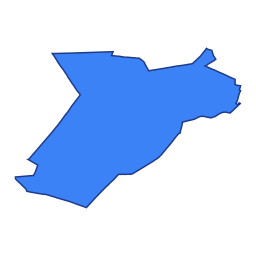 the district of Pielesti, Dolj, Romania
{"feature_id": "2599482B41657054253301", "entity_name": "Pielesti", "entity_type": "district", "adm_level": 2, "iso_a3": "ROU", "parent_name": "Romania", "parent_adm1": "Dolj", "projection": "robinson", "projection_center": [23.982, 44.341], "detail": "fine", "context": "isolated", "style": "filled", "palette": "blue", "viewbox_px": 256, "rotation_deg": 0, "n_neighbors": 0, "source": "geoboundaries", "source_scale": "gbopen_adm2", "svg_char_len": 4002}
<svg xmlns="http://www.w3.org/2000/svg" viewBox="0 0 256 256"><path d="M86.4,207.6L94.9,198.3L102.3,190.6L105.5,187.4L107.0,186.0L108.1,185.0L110.1,182.9L114.0,179.3L117.4,175.6L118.4,174.6L118.5,174.4L119.7,174.3L120.5,174.4L121.1,174.4L121.4,174.4L122.0,174.3L123.1,174.3L125.7,174.4L126.6,174.3L127.5,174.2L128.2,174.2L129.3,174.2L130.0,174.3L130.5,174.3L130.9,174.0L131.3,174.0L131.5,174.1L132.1,174.0L132.5,173.8L147.0,165.0L153.3,161.2L154.4,160.3L155.5,159.6L156.3,159.1L156.8,158.8L157.3,158.5L157.8,158.1L158.8,157.3L160.2,155.9L161.1,155.1L161.9,154.2L162.7,153.1L164.1,151.5L165.2,150.1L166.1,149.0L169.9,144.6L171.8,142.2L173.4,140.1L176.0,136.7L178.8,133.5L179.6,133.2L180.1,133.1L180.1,132.7L180.4,131.7L180.5,131.0L181.5,127.1L182.1,124.7L182.4,123.1L182.4,122.8L182.3,122.6L182.3,122.4L182.3,122.2L183.3,121.9L185.1,121.5L186.8,121.0L188.2,120.7L189.3,120.4L190.5,120.2L191.7,119.9L193.1,119.5L194.2,119.3L194.7,119.0L195.7,118.6L197.0,117.8L197.7,117.5L198.3,117.2L198.9,117.0L199.7,116.7L200.3,116.5L200.9,116.4L201.6,116.3L202.3,116.3L203.0,116.3L203.5,116.4L204.2,116.5L205.4,116.7L206.2,116.9L207.1,117.1L208.7,117.4L209.1,117.5L209.5,117.6L210.0,117.7L210.3,117.7L210.7,117.7L211.0,117.7L211.3,117.7L211.8,117.7L213.1,117.0L213.7,116.9L214.3,116.8L214.7,116.7L215.1,116.5L215.8,116.1L216.5,115.6L216.7,115.4L217.3,115.1L218.1,114.5L218.8,114.1L220.8,113.1L222.1,112.6L222.9,112.3L224.0,112.2L226.3,112.2L227.8,112.6L229.3,112.9L230.1,113.0L231.9,111.4L233.7,109.7L237.9,105.7L238.5,105.1L239.7,104.1L240.3,103.6L239.9,103.2L239.6,103.0L239.0,102.9L238.4,104.0L237.9,104.7L235.8,103.6L236.4,102.8L236.6,102.2L237.1,101.1L237.7,99.3L238.1,97.9L238.9,94.8L239.3,93.4L239.9,92.1L240.6,90.6L239.3,89.8L239.5,89.2L240.0,87.8L240.6,85.8L239.6,85.6L238.9,85.5L237.9,85.5L236.5,85.1L235.9,84.8L235.1,84.5L235.1,84.1L235.1,82.6L235.1,79.4L229.9,77.1L223.5,74.1L218.0,71.7L215.3,70.4L214.2,69.9L213.6,69.7L213.3,69.6L210.6,68.5L207.3,66.9L206.2,66.3L205.2,65.9L205.4,65.8L205.6,65.8L205.8,65.7L206.1,65.5L206.3,65.4L206.7,65.2L206.9,65.0L207.5,64.5L208.8,63.7L209.9,63.0L210.8,62.5L211.6,62.0L212.3,61.6L213.3,61.0L214.1,60.5L215.3,59.7L215.7,59.4L215.8,59.3L215.8,59.2L215.3,58.5L215.0,58.0L214.1,56.6L213.4,55.5L213.2,54.9L212.9,53.9L212.6,52.9L212.2,51.6L211.9,50.8L211.8,50.5L211.8,50.3L210.3,50.0L208.8,49.6L207.4,49.0L206.8,48.7L206.4,48.4L206.2,48.7L205.9,49.2L205.6,49.7L203.1,52.7L202.3,53.8L201.9,54.4L201.4,55.0L201.1,55.3L200.9,55.6L200.3,56.3L198.9,57.6L195.2,61.1L193.8,62.3L192.4,63.7L190.7,64.0L188.7,64.3L185.9,64.8L182.1,65.4L176.4,66.1L170.1,67.3L167.1,67.7L165.2,68.1L162.3,68.6L154.1,69.9L148.7,70.8L145.2,64.4L144.2,62.3L142.3,60.4L140.4,59.1L139.7,58.5L139.5,58.3L131.7,57.6L126.8,57.2L124.4,57.2L122.5,56.8L118.7,56.2L116.6,56.1L113.8,55.8L111.6,55.6L112.4,53.4L113.1,51.7L71.3,53.1L54.5,53.5L52.3,53.5L52.6,54.0L53.6,55.3L56.3,59.5L58.3,62.8L59.5,64.6L61.0,66.7L62.0,68.1L62.4,68.6L63.2,69.6L63.6,70.1L64.0,70.8L65.8,73.6L66.7,74.8L67.2,75.6L67.6,76.5L68.6,78.2L69.4,79.2L71.3,82.2L72.3,83.7L72.8,84.4L72.9,84.5L73.4,85.1L74.7,87.1L75.2,88.0L76.9,90.4L77.8,91.6L79.3,93.4L80.3,94.8L79.3,96.2L76.3,100.1L73.9,103.2L71.9,105.8L68.2,111.3L67.5,112.3L66.5,113.4L65.5,114.7L63.6,117.3L62.7,118.6L60.9,121.0L59.2,123.3L57.4,125.7L56.8,126.4L55.4,128.0L54.3,129.4L53.9,129.9L53.3,130.6L53.2,130.8L47.8,137.2L43.8,141.8L35.6,151.4L33.8,153.4L32.6,154.8L30.4,157.4L29.2,159.0L28.0,159.4L37.8,165.1L35.0,172.8L34.4,173.6L34.0,174.5L33.8,175.0L33.5,175.5L15.4,177.0L15.4,178.1L15.5,178.4L15.5,178.6L15.6,178.9L15.8,179.1L16.1,179.5L16.6,180.0L17.5,180.9L18.0,181.4L19.3,182.6L19.7,183.0L20.6,183.8L22.0,185.2L22.8,186.0L24.3,187.4L25.2,188.3L26.1,189.3L26.3,189.6L26.5,190.1L26.6,190.7L26.7,190.8L26.8,191.3L30.6,192.1L34.8,192.8L38.5,193.5L39.4,193.6L44.0,194.4L45.5,194.3L46.3,194.6L47.2,194.8L50.4,195.8L51.1,196.0L55.4,197.3L56.5,197.7L64.0,199.9L69.6,201.5L76.9,204.2L77.4,204.4L81.2,205.7L86.0,207.4L86.4,207.6Z" fill="#3b82f6" stroke="#1e3a8a" stroke-width="1.5"/></svg>